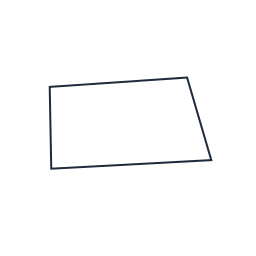 outline of Akhmim City, Suhaj, Egypt, rotated 209°
{"feature_id": "37247803B43234746614791", "entity_name": "Akhmim City", "entity_type": "district", "adm_level": 2, "iso_a3": "EGY", "parent_name": "Egypt", "parent_adm1": "Suhaj", "projection": "mercator", "projection_center": [31.873, 26.525], "detail": "fine", "context": "isolated", "style": "outline", "palette": "slate", "viewbox_px": 256, "rotation_deg": 209, "n_neighbors": 0, "source": "geoboundaries", "source_scale": "gbopen_adm2", "svg_char_len": 224}
<svg xmlns="http://www.w3.org/2000/svg" viewBox="0 0 256 256"><g transform="rotate(209 128 128)"><path d="M216.4,126.0L175.4,55.2L39.6,140.3L100.8,200.8L216.4,126.0Z" fill="none" stroke="#1e293b" stroke-width="2"/></g></svg>